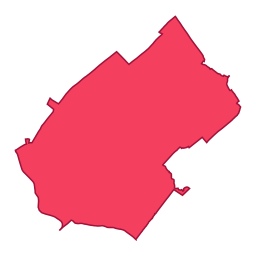 Broscauti, Botosani, Romania (Mercator projection)
{"feature_id": "2599482B91483518558986", "entity_name": "Broscauti", "entity_type": "district", "adm_level": 2, "iso_a3": "ROU", "parent_name": "Romania", "parent_adm1": "Botosani", "projection": "mercator", "projection_center": [26.483, 47.957], "detail": "fine", "context": "isolated", "style": "filled", "palette": "rose", "viewbox_px": 256, "rotation_deg": 0, "n_neighbors": 0, "source": "geoboundaries", "source_scale": "gbopen_adm2", "svg_char_len": 5707}
<svg xmlns="http://www.w3.org/2000/svg" viewBox="0 0 256 256"><path d="M164.6,201.6L166.7,198.9L169.0,196.0L170.1,194.5L173.8,189.6L182.5,195.3L189.6,188.5L188.4,187.5L187.3,187.1L186.5,187.1L185.5,187.4L184.4,188.0L183.8,188.6L183.7,189.3L183.6,190.1L183.7,190.5L183.3,190.7L182.8,191.1L182.5,190.8L182.1,190.1L181.8,189.6L181.2,189.8L180.5,190.1L179.9,190.1L179.6,189.9L179.0,189.9L178.5,189.3L178.1,188.3L177.3,188.3L176.6,188.5L176.1,188.4L175.5,188.6L174.8,188.1L174.5,187.4L174.7,186.2L174.4,184.4L174.0,183.5L174.0,182.4L174.1,181.2L173.9,179.7L173.4,179.3L172.2,179.0L171.7,178.4L171.5,178.0L171.4,177.8L171.5,176.6L171.4,175.9L171.3,175.6L171.5,175.0L171.3,174.1L171.1,173.6L170.8,173.3L170.1,172.7L169.5,172.7L169.3,172.6L169.2,172.4L169.1,172.2L169.3,172.0L169.4,171.9L169.3,171.6L169.1,171.4L168.7,171.2L168.1,170.9L167.7,170.5L167.1,169.8L166.4,168.8L165.9,168.0L165.8,167.6L165.5,166.7L165.2,166.4L164.7,166.0L163.4,165.5L162.9,165.1L162.8,164.8L170.1,156.8L173.0,153.6L174.9,151.8L175.7,151.1L176.5,150.6L176.9,150.3L177.6,149.4L179.9,147.2L180.3,147.3L180.5,147.3L181.6,148.4L182.3,147.9L182.7,148.1L183.1,148.1L183.9,148.1L186.6,147.5L188.4,146.5L189.1,147.7L202.2,137.3L206.7,142.6L208.3,140.6L213.6,135.5L217.8,131.7L222.4,128.2L225.5,125.6L230.3,121.6L232.0,120.1L233.6,118.4L234.2,118.0L234.9,117.2L236.2,116.1L236.8,115.6L237.3,115.1L237.5,114.6L237.8,114.2L238.6,113.3L239.1,111.7L239.6,110.4L239.9,109.1L240.0,108.6L240.2,108.2L240.3,107.8L240.6,107.0L240.0,106.3L239.2,105.3L238.7,104.7L237.8,104.1L237.3,103.8L236.9,103.7L236.5,103.6L236.3,103.7L238.3,101.5L238.9,101.2L239.0,101.1L238.0,99.6L237.7,98.9L235.6,95.8L234.6,94.0L233.7,93.0L231.8,90.6L231.5,90.3L231.4,90.1L231.4,89.9L230.7,90.3L230.2,90.5L229.9,90.5L229.7,90.1L229.0,89.1L228.8,88.8L228.1,87.4L227.8,86.8L227.5,86.2L227.3,85.8L227.0,85.2L226.8,84.5L226.7,83.6L226.8,83.2L227.2,82.0L227.4,81.5L227.5,81.1L227.6,80.5L227.6,79.9L227.5,79.3L227.5,78.8L227.8,78.0L228.1,77.7L228.3,77.2L229.6,75.6L228.7,76.0L227.9,76.8L227.7,76.9L226.2,76.3L225.8,76.2L225.0,75.8L224.8,75.7L224.7,75.5L224.5,75.4L223.9,75.2L223.2,76.3L222.2,75.9L220.8,75.0L220.0,74.1L219.7,74.1L219.3,74.0L218.8,73.7L218.4,73.7L218.1,73.8L216.8,72.8L212.7,69.6L211.8,68.7L211.4,68.7L211.2,68.7L210.8,69.1L210.6,69.2L210.4,69.0L210.3,68.8L210.2,68.6L209.9,68.4L209.8,68.5L209.6,68.6L209.5,68.2L209.4,67.9L208.7,67.4L208.3,67.2L207.1,66.4L206.2,65.5L205.5,65.1L204.0,64.6L203.0,64.5L202.9,64.5L202.6,64.2L201.5,63.7L203.3,61.1L204.2,61.5L204.6,59.6L204.5,59.4L204.4,59.0L204.0,58.5L203.7,57.8L203.4,57.2L203.2,56.4L203.0,55.6L201.4,53.2L200.6,52.1L198.7,49.6L194.9,44.6L192.1,40.8L190.3,38.3L187.5,33.9L183.9,28.9L181.4,25.2L180.6,23.9L179.4,22.2L177.7,19.9L175.6,16.7L175.3,16.4L170.1,20.7L169.2,21.4L167.6,22.9L166.4,24.4L164.6,26.1L162.6,28.4L161.5,29.5L159.8,31.4L159.0,32.1L159.1,32.3L159.5,32.6L161.3,33.4L162.3,33.9L161.8,34.6L161.2,35.2L159.2,36.9L158.8,37.2L158.1,37.9L157.5,38.5L156.8,39.2L156.2,39.7L155.8,40.2L153.6,42.8L153.3,43.3L150.5,46.3L149.8,47.1L148.5,48.5L144.8,51.7L142.2,53.7L139.5,55.9L136.6,58.4L134.5,59.9L131.9,61.9L128.9,64.4L124.4,59.6L120.9,56.0L116.6,51.7L111.2,56.0L109.9,57.1L105.5,60.4L99.4,65.3L96.0,68.3L94.8,69.4L91.2,72.4L88.6,74.5L87.2,75.5L86.3,76.3L85.1,77.0L82.7,78.9L79.1,82.1L76.3,84.4L75.2,85.1L72.7,87.0L70.3,89.3L68.0,91.9L66.0,94.1L62.3,99.2L60.0,102.1L58.5,103.8L51.8,99.8L50.1,98.2L49.6,99.2L47.3,104.2L49.6,106.0L53.6,109.3L53.5,110.1L53.3,111.0L53.2,111.7L51.3,114.1L48.3,117.7L46.5,120.0L44.7,122.4L42.3,125.3L42.1,125.5L41.9,125.7L41.8,125.9L41.4,126.6L40.9,127.7L40.3,129.0L39.4,130.3L39.0,130.9L38.5,131.6L38.2,132.1L37.3,133.7L36.5,135.0L35.3,137.1L34.5,138.4L33.5,140.1L32.8,141.3L31.8,142.8L30.8,142.7L30.3,142.7L29.2,142.9L28.8,143.0L28.9,142.3L29.2,140.8L29.5,139.5L29.1,139.1L28.6,139.0L27.8,138.9L27.3,138.9L27.0,139.0L26.4,139.0L25.5,139.1L25.6,140.2L25.8,141.3L26.1,142.8L26.4,144.0L25.2,144.4L24.3,144.8L23.6,145.2L20.1,147.3L18.2,148.6L16.1,150.0L15.4,150.2L15.4,150.6L15.7,151.6L16.0,151.7L16.1,152.0L16.2,152.4L16.6,152.8L17.1,153.6L17.4,154.2L17.9,155.6L18.2,156.7L18.6,158.2L19.2,160.3L21.2,167.0L21.8,168.9L22.3,170.1L23.0,171.2L23.8,172.2L28.9,177.3L32.5,181.1L33.1,181.8L33.6,182.6L34.0,183.4L34.3,184.3L34.4,185.2L35.1,190.5L35.2,192.9L37.2,195.9L38.3,197.5L38.6,200.9L38.2,207.3L39.3,210.3L41.6,212.6L45.4,214.0L50.3,215.3L53.1,216.2L54.4,216.7L55.5,217.3L57.9,219.0L58.8,219.5L60.8,221.0L61.3,221.5L61.7,222.1L62.0,222.8L62.3,223.5L62.4,224.3L62.4,225.1L62.3,226.0L62.3,226.3L62.1,227.1L61.7,227.7L61.1,228.5L60.9,228.8L59.7,230.0L59.4,230.5L61.0,229.0L63.1,227.0L67.6,223.6L71.1,220.3L71.3,220.2L72.9,220.9L74.0,222.1L74.6,222.7L75.1,223.1L76.3,223.4L78.2,223.6L78.9,223.6L79.7,223.4L81.2,223.4L82.0,223.4L84.2,224.0L86.3,224.3L88.6,224.8L90.1,225.1L91.5,225.3L94.3,225.7L95.1,225.8L96.0,225.8L97.4,226.0L98.2,226.0L98.7,226.0L101.1,225.8L102.3,225.7L103.1,225.8L105.9,226.7L107.4,227.4L108.0,227.4L109.5,227.5L112.3,227.5L113.4,227.6L114.1,227.7L114.6,227.9L115.2,228.2L116.9,228.6L119.3,229.1L120.5,229.2L121.8,229.5L123.1,229.9L124.1,230.3L124.4,230.5L125.0,230.8L125.8,231.5L127.0,232.4L128.3,233.3L131.6,235.7L133.5,237.2L135.0,238.7L135.5,239.2L136.0,239.6L136.0,239.4L136.0,239.2L137.4,237.4L140.8,232.8L142.2,231.1L142.9,230.0L143.6,229.2L145.0,227.4L145.4,226.7L145.5,226.6L145.8,226.5L146.4,225.7L148.4,222.8L148.7,222.0L149.0,221.7L149.7,221.0L150.5,220.1L150.9,219.7L151.1,219.5L151.7,218.6L152.0,218.7L152.3,218.3L152.4,218.0L152.6,217.9L152.8,217.5L152.9,217.2L152.9,216.9L153.1,216.6L154.3,215.1L154.7,214.5L154.8,214.1L154.8,213.8L155.1,213.9L155.3,213.9L155.5,213.7L155.8,213.4L157.6,210.8L164.6,201.6Z" fill="#f43f5e" stroke="#9f1239" stroke-width="1.5"/></svg>